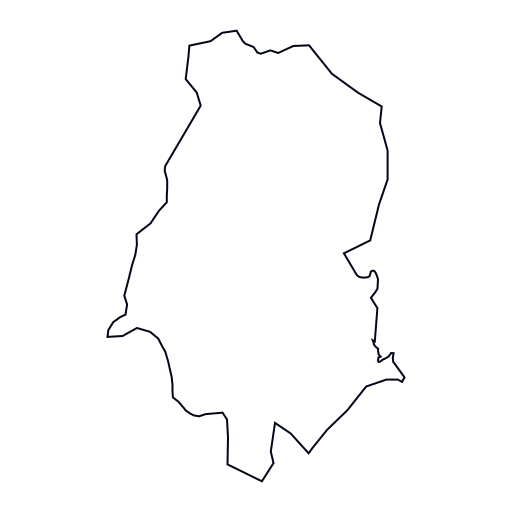 the district of Guli, White Nile, Sudan
{"feature_id": "16777658B68520369405520", "entity_name": "Guli", "entity_type": "district", "adm_level": 2, "iso_a3": "SDN", "parent_name": "Sudan", "parent_adm1": "White Nile", "projection": "mercator", "projection_center": [32.427, 13.311], "detail": "fine", "context": "isolated", "style": "outline", "palette": "ink", "viewbox_px": 512, "rotation_deg": 0, "n_neighbors": 0, "source": "geoboundaries", "source_scale": "gbopen_adm2", "svg_char_len": 1631}
<svg xmlns="http://www.w3.org/2000/svg" viewBox="0 0 512 512"><path d="M188.4,56.9L188.4,57.0L185.7,79.1L196.7,92.5L200.7,105.6L165.2,166.1L164.7,170.8L167.2,180.0L167.2,188.4L166.8,196.0L166.8,202.3L159.0,210.7L150.5,223.4L143.5,228.8L136.5,234.3L136.9,244.8L135.3,254.9L132.0,265.4L128.7,278.9L124.3,295.7L127.1,304.5L125.5,314.6L120.2,317.1L113.2,322.2L108.3,330.2L107.5,336.9L122.6,336.0L136.9,328.0L150.0,331.8L158.2,338.5L161.9,345.7L165.2,351.6L168.0,360.9L171.7,377.2L172.5,385.2L172.5,391.5L172.9,397.4L178.3,401.6L184.4,408.7L185.6,410.4L190.6,413.8L193.8,415.4L199.1,416.3L205.7,414.1L222.6,412.7L227.0,419.5L228.0,437.7L227.5,464.4L249.9,475.4L261.9,481.3L273.5,463.1L270.8,451.6L275.0,422.9L290.7,433.5L308.6,453.3L312.5,447.9L327.2,429.7L347.3,410.3L366.2,386.5L386.3,379.6L397.9,379.6L402.0,381.9L404.5,377.4L397.6,367.8L395.1,364.3L393.2,361.9L392.8,357.8L393.6,353.2L391.1,353.0L390.1,354.6L388.5,356.5L385.5,358.4L382.9,359.5L381.6,360.5L380.2,361.6L378.6,362.0L377.9,360.4L378.5,357.5L380.6,356.6L378.8,354.8L378.1,351.5L378.1,348.8L375.9,347.0L374.1,344.8L373.6,342.7L372.7,340.3L374.8,341.4L377.4,308.1L370.9,297.8L375.5,291.9L377.5,288.6L378.0,279.1L376.7,275.3L375.6,272.7L374.2,270.9L372.2,270.7L370.9,271.6L370.1,274.5L369.5,276.3L367.3,277.3L363.2,277.7L359.4,277.0L356.9,275.2L355.4,272.7L343.9,253.3L370.2,240.4L379.1,204.1L387.6,179.5L387.6,150.5L380.0,123.1L381.7,106.5L358.3,92.9L331.9,73.8L309.0,45.3L293.3,46.0L278.1,53.0L270.4,50.4L260.8,53.7L257.3,52.5L253.7,47.1L245.3,43.7L242.8,41.1L236.6,30.7L222.2,32.8L210.5,41.2L189.4,45.6L188.4,56.9Z" fill="none" stroke="#020617" stroke-width="2"/></svg>